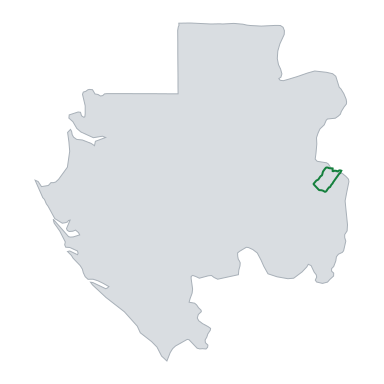 Bayi-Brikolo, Haut-Ogooué, Gabon (highlighted)
{"feature_id": "22940354B11019670045233", "entity_name": "Bayi-Brikolo", "entity_type": "district", "adm_level": 2, "iso_a3": "GAB", "parent_name": "Gabon", "parent_adm1": "Haut-Ogooué", "projection": "mercator", "projection_center": [14.109, -0.581], "detail": "fine", "context": "in_parent", "style": "outline", "palette": "green", "viewbox_px": 384, "rotation_deg": 0, "n_neighbors": 0, "source": "geoboundaries", "source_scale": "gbopen_adm2", "svg_char_len": 4118}
<svg xmlns="http://www.w3.org/2000/svg" viewBox="0 0 384 384"><path d="M284.4,30.7L284.2,34.5L279.9,43.8L277.8,51.0L277.3,58.6L278.5,64.7L280.6,69.1L281.9,73.9L280.9,77.2L278.8,78.6L280.2,80.3L283.4,80.7L288.7,79.2L296.9,76.7L307.6,73.0L314.7,71.0L326.4,72.3L332.6,73.7L335.8,76.3L339.2,87.2L340.9,88.9L343.8,93.6L346.1,99.1L346.6,102.0L346.4,104.0L344.0,107.1L341.3,111.5L340.4,114.2L338.2,116.2L335.3,118.2L327.5,119.0L326.3,120.1L324.2,124.9L320.0,128.9L318.2,132.7L316.5,137.7L316.8,144.0L316.0,153.0L315.2,159.1L317.2,161.3L326.6,162.8L328.4,164.0L330.8,167.8L334.0,171.3L342.5,173.6L345.8,176.3L348.5,179.2L348.9,181.7L346.9,191.5L345.1,200.9L345.8,208.1L346.5,214.9L347.5,224.9L347.1,230.9L344.7,234.6L344.7,237.6L345.8,241.1L343.6,250.8L342.3,252.4L338.4,254.2L336.4,256.8L335.8,260.9L333.7,266.5L331.6,268.6L331.6,271.2L333.7,273.1L333.6,276.0L329.8,279.5L327.5,282.1L322.5,283.4L316.6,282.0L315.3,280.1L316.7,277.1L316.2,274.7L314.2,272.2L311.1,265.6L308.3,264.3L306.8,266.9L302.1,271.9L293.7,278.2L287.9,278.7L277.1,276.8L268.0,273.8L263.8,266.3L261.1,260.2L257.3,253.0L252.9,249.6L248.3,247.5L246.2,247.3L239.6,251.3L237.6,252.9L237.7,256.2L238.3,259.3L239.3,260.8L240.2,262.8L240.0,265.9L238.8,270.1L238.4,274.7L217.7,279.2L214.1,277.5L211.5,275.5L208.3,275.8L199.3,278.2L196.0,276.6L192.7,275.4L191.2,276.4L191.1,278.3L192.6,289.1L192.1,293.2L190.1,298.6L189.1,302.2L194.6,303.2L196.6,304.9L198.5,307.7L201.1,310.2L201.3,311.7L198.3,314.5L197.3,318.0L198.7,320.7L202.5,323.6L207.9,326.5L210.6,328.4L210.3,330.2L207.8,334.0L206.8,337.1L205.1,340.0L205.4,342.7L207.9,345.1L207.6,347.3L206.0,349.0L202.6,348.7L199.7,348.9L197.1,348.2L189.0,339.7L187.2,339.4L175.5,346.0L172.6,348.7L170.2,352.6L166.9,361.0L161.6,356.1L157.0,347.1L151.6,341.6L140.3,332.8L137.3,326.2L124.4,311.8L105.9,297.4L92.5,284.9L90.5,282.2L92.7,282.5L105.7,288.7L107.4,288.0L108.9,286.6L103.3,283.4L98.0,280.8L93.0,279.2L88.0,279.3L85.2,276.7L83.3,272.7L82.4,269.2L80.2,265.6L73.1,258.2L71.4,255.4L67.5,251.5L69.8,251.0L77.5,254.7L78.1,253.2L77.5,251.0L69.8,247.5L65.7,247.2L64.7,244.8L65.3,241.9L59.8,231.1L54.1,223.0L53.2,219.2L68.6,236.7L70.6,237.1L73.3,236.9L79.7,234.9L78.5,232.6L75.6,230.1L72.8,231.2L69.2,231.5L67.3,230.4L66.5,228.6L70.1,220.1L68.5,220.5L67.4,222.0L65.4,222.7L62.3,223.2L54.8,218.6L48.1,206.3L46.3,203.8L44.5,199.5L42.8,197.7L35.1,180.2L38.1,181.5L41.5,186.6L48.3,185.5L51.0,182.6L53.3,182.7L55.7,182.0L58.7,179.2L67.4,167.2L69.7,151.3L68.9,141.8L67.6,132.4L70.5,129.4L71.6,131.4L72.2,134.7L73.6,137.2L76.7,139.4L82.4,140.0L91.3,143.5L94.5,145.7L95.4,141.3L105.6,137.5L102.5,136.2L93.4,137.7L80.9,132.0L76.8,128.4L72.9,121.7L68.9,118.1L69.2,114.9L78.1,112.0L80.5,112.3L81.5,115.8L83.9,117.3L84.8,116.8L85.2,113.8L85.2,105.8L82.5,94.3L83.3,92.1L85.8,91.3L88.0,89.7L89.5,89.4L92.5,89.7L94.1,92.4L94.9,93.9L98.0,94.5L100.5,96.0L102.7,95.6L104.5,93.9L107.1,93.6L115.3,93.6L122.7,93.6L137.4,93.7L152.2,93.7L167.0,93.8L178.1,93.8L178.0,87.2L178.0,77.1L177.9,65.1L177.8,53.6L177.8,42.9L177.7,30.4L178.3,26.8L179.0,25.3L178.8,23.2L190.2,23.0L210.9,24.0L219.9,23.8L222.5,24.0L233.8,23.4L242.9,24.2L246.8,25.1L250.3,25.5L261.3,26.1L275.6,25.4L280.4,25.5L283.1,27.3L284.4,30.7Z" fill="#d9dde1" stroke="#a8b0b8" stroke-width="1"/><path d="M341.3,170.7L341.0,170.6L340.2,170.4L339.4,170.4L338.9,170.6L338.2,171.1L337.7,171.2L337.0,171.1L336.4,170.9L336.0,170.8L335.1,170.7L334.6,170.7L334.0,170.9L333.3,171.2L332.7,171.1L332.6,169.9L332.7,168.8L332.6,168.4L330.4,168.3L329.5,168.2L328.6,168.0L328.0,167.6L326.7,167.5L326.0,167.7L325.5,168.2L324.6,169.3L323.7,170.6L323.1,171.4L322.7,172.5L322.5,173.5L322.1,175.0L321.5,175.7L320.9,176.0L320.3,176.6L318.4,179.4L317.6,180.0L317.0,180.2L316.3,180.6L314.1,183.2L313.6,183.9L313.7,184.3L314.2,184.9L318.9,189.9L319.9,190.2L321.2,190.2L322.0,190.4L322.8,190.6L323.7,191.1L324.4,191.5L325.0,191.8L325.7,191.6L326.6,190.8L327.3,189.6L328.1,188.5L329.1,187.3L329.6,187.3L330.1,187.0L330.8,185.7L331.2,185.0L331.6,184.5L332.6,183.4L333.0,182.5L335.3,179.2L337.9,175.6L338.8,174.2L339.4,173.7L340.1,173.0L340.8,171.9L341.3,170.7Z" fill="none" stroke="#15803d" stroke-width="2"/></svg>